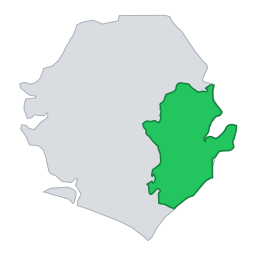 Sierra Leone, with Eastern highlighted
{"feature_id": "SLE-790", "entity_name": "Eastern", "entity_type": "Province", "adm_level": 1, "iso_a3": "SLE", "parent_name": "Sierra Leone", "parent_adm1": "", "projection": "albers", "projection_center": [-11.073, 8.208], "detail": "fine", "context": "in_parent", "style": "filled", "palette": "green", "viewbox_px": 256, "rotation_deg": 0, "n_neighbors": 0, "source": "natural_earth", "source_scale": "10m", "svg_char_len": 5289}
<svg xmlns="http://www.w3.org/2000/svg" viewBox="0 0 256 256"><path d="M236.4,125.5L236.2,127.8L234.1,138.2L230.9,147.2L228.7,149.4L219.6,151.8L215.7,155.7L212.3,168.5L210.2,178.5L207.0,180.1L193.5,194.6L184.7,200.1L178.5,204.8L172.7,210.9L165.3,216.9L157.4,226.9L151.8,237.4L147.9,240.6L145.1,237.7L131.6,227.3L117.5,220.4L87.3,208.8L77.3,205.5L77.6,201.4L81.1,193.9L75.5,185.1L77.7,178.7L75.6,178.7L71.2,182.6L62.0,181.4L56.0,175.9L51.0,173.9L48.8,171.1L45.7,156.6L43.4,150.0L38.8,145.9L29.6,144.9L25.8,136.0L20.8,129.2L21.6,124.9L25.8,125.2L29.0,128.3L34.3,129.6L40.9,122.2L46.8,118.2L48.1,114.7L47.4,112.8L43.9,115.8L34.1,114.9L31.7,117.6L27.4,118.5L24.1,109.8L24.2,104.7L25.7,99.0L35.5,98.1L36.3,96.3L29.5,95.1L21.1,88.5L19.6,84.0L23.8,82.5L27.8,83.2L31.3,84.2L35.1,82.6L38.6,80.1L40.8,77.0L43.7,68.5L52.9,65.7L58.3,60.5L63.5,52.5L65.9,46.8L68.0,44.0L69.3,41.6L70.3,38.9L72.7,36.4L75.1,30.4L76.8,25.0L82.0,22.4L92.8,20.1L102.6,24.1L118.4,20.7L119.2,15.6L133.6,15.5L150.8,15.4L165.0,15.4L169.9,16.7L171.7,20.6L176.3,26.5L181.2,30.7L187.3,39.8L194.4,50.4L202.0,59.9L206.9,65.1L207.5,66.9L207.1,69.0L204.7,73.8L202.7,79.1L202.9,81.1L204.3,82.0L212.3,83.7L213.1,89.5L213.1,97.6L217.0,105.2L220.7,110.8L220.5,112.8L211.5,122.3L207.9,131.7L206.2,134.4L205.4,136.5L207.3,137.5L209.7,136.8L213.2,137.6L216.6,137.9L221.0,134.5L228.3,125.8L230.8,124.8L236.4,125.5ZM74.3,201.8L73.3,203.7L68.5,199.0L43.6,191.9L50.7,188.2L68.0,187.2L73.1,189.4L75.4,191.2L76.2,194.6L74.3,201.8Z" fill="#d9dde1" stroke="#a8b0b8" stroke-width="1"/><path d="M214.0,85.0L213.0,89.5L212.6,92.0L212.8,97.3L212.9,98.0L213.5,100.1L213.6,100.4L213.5,101.2L213.5,101.5L213.8,101.8L214.3,102.1L214.5,102.3L217.4,106.2L218.5,107.0L218.9,107.7L222.0,111.9L221.5,113.4L220.5,114.8L219.1,115.8L217.5,115.9L216.0,116.2L214.6,117.4L213.5,118.9L212.3,121.1L211.2,122.1L210.7,123.0L210.5,124.0L210.6,124.8L210.4,125.4L209.6,125.5L208.5,131.8L207.5,133.6L206.2,135.1L204.5,137.6L203.8,140.0L205.2,141.3L205.8,138.8L207.2,137.3L209.2,136.6L211.6,136.7L212.7,137.2L214.7,138.5L215.5,138.7L216.8,138.2L219.4,136.5L223.6,132.3L224.5,131.2L226.2,127.6L226.9,126.6L227.8,125.8L228.7,125.2L229.8,124.8L232.0,124.5L232.4,124.5L234.4,125.1L235.0,125.4L235.6,125.6L236.4,125.5L236.4,129.3L234.2,138.2L232.9,141.0L232.8,142.7L233.3,144.7L233.9,146.2L233.7,147.5L231.9,149.3L230.5,150.1L229.1,150.5L227.6,150.7L221.8,150.8L220.4,151.0L218.7,151.8L217.6,153.2L215.9,156.3L215.2,157.0L213.3,158.0L212.7,158.6L212.4,159.3L212.3,160.1L212.5,177.8L210.8,178.0L210.3,178.2L206.9,180.1L204.2,182.4L194.5,194.2L193.8,195.1L192.9,195.8L192.0,196.2L189.2,196.8L186.3,198.5L175.6,207.0L174.3,208.7L174.2,208.7L168.9,206.6L167.1,205.5L164.6,204.4L162.7,203.9L161.8,203.8L160.9,203.8L160.0,203.6L159.2,203.4L158.9,203.2L158.8,202.9L158.9,201.3L158.7,199.6L158.7,198.0L158.7,197.6L158.5,194.3L158.6,193.5L158.7,193.0L160.4,191.2L160.5,191.0L159.4,189.5L159.2,189.3L158.9,189.0L158.5,188.9L158.2,188.8L157.7,188.8L157.3,188.8L156.7,189.2L156.1,189.6L153.8,192.3L152.2,193.7L151.9,194.0L151.6,194.1L151.2,194.3L150.8,194.3L150.5,194.2L150.1,194.0L149.8,193.9L149.4,193.0L149.1,191.4L148.8,187.4L148.5,185.8L148.1,184.8L147.3,184.5L147.1,184.4L147.1,184.2L149.1,183.0L151.4,181.4L151.7,181.2L152.0,181.2L152.2,181.5L152.3,181.8L152.6,182.5L152.8,182.8L153.2,182.8L153.5,182.8L153.8,182.6L154.1,182.3L154.5,181.7L154.8,181.0L155.0,179.3L155.2,178.9L155.3,178.6L155.4,178.2L155.3,177.7L154.1,174.6L153.9,174.4L153.7,174.5L152.4,176.1L152.2,176.3L151.9,176.0L151.8,175.4L151.9,173.6L152.6,170.3L152.7,169.9L152.9,169.6L157.6,166.2L157.9,166.0L158.7,165.0L159.3,164.6L159.6,164.4L159.8,164.1L160.0,163.8L160.3,163.1L160.7,161.6L160.8,160.8L160.7,160.0L160.5,158.0L160.4,155.3L160.2,153.8L158.4,148.9L158.3,148.5L158.2,148.1L158.2,147.7L158.3,147.5L158.3,147.1L158.1,146.6L157.6,145.9L152.7,141.0L149.6,137.0L148.4,135.8L148.1,135.6L146.5,134.2L146.3,133.7L146.1,133.1L146.0,132.0L146.2,130.7L146.1,130.3L145.8,129.7L144.8,128.5L144.1,127.9L143.6,126.9L142.8,123.9L144.4,122.4L145.6,121.6L146.0,121.4L146.5,121.2L147.3,121.1L147.9,121.1L148.3,121.1L149.4,121.5L149.8,121.6L150.2,121.6L150.7,121.6L154.3,120.7L154.7,120.7L155.0,120.8L155.3,121.0L155.9,121.4L156.2,121.6L156.6,121.7L156.9,121.7L157.3,121.9L157.5,122.0L157.8,122.3L158.1,122.5L158.4,122.6L158.8,122.6L159.2,122.3L159.6,121.7L160.0,120.9L160.9,118.0L160.9,117.8L160.9,117.5L160.9,117.2L160.7,116.8L160.3,116.2L160.2,115.9L160.1,115.5L160.3,114.8L161.0,112.5L161.2,111.7L161.2,111.3L161.1,110.9L160.9,110.5L160.5,109.9L160.4,109.6L160.3,109.2L160.4,107.4L160.1,104.3L160.2,104.0L160.4,103.7L160.7,103.4L162.4,102.3L163.0,101.8L163.5,101.2L163.7,100.9L164.4,99.2L165.8,95.1L165.9,94.8L166.2,94.5L166.8,94.2L172.1,92.3L172.8,92.0L174.9,90.6L175.4,90.1L175.8,89.5L175.9,89.1L176.1,88.8L176.1,88.4L176.2,87.0L176.4,86.2L176.7,85.5L177.5,84.2L178.0,83.7L178.4,83.4L179.1,83.1L179.6,83.0L180.2,82.9L187.5,83.9L188.2,84.0L188.7,84.2L189.7,85.2L191.0,86.9L191.5,87.4L192.3,88.0L197.0,91.4L198.0,91.9L198.4,92.0L199.0,92.1L199.8,92.0L202.0,91.4L202.4,91.3L202.9,91.3L204.5,91.6L205.4,91.7L206.3,91.6L206.8,91.5L207.2,91.1L207.7,90.4L207.7,90.0L207.5,89.6L206.1,88.9L205.8,88.7L205.6,88.5L205.6,88.3L205.6,88.1L210.0,85.2L211.2,84.9L214.0,85.0L214.0,85.0Z" fill="#22c55e" stroke="#15803d" stroke-width="1.5"/></svg>